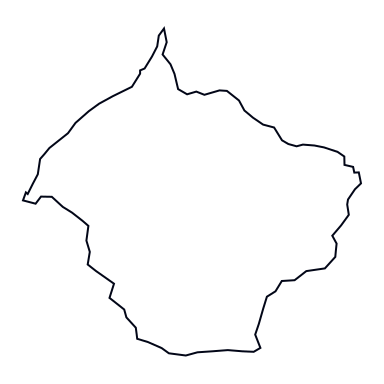 Stavrokonnou, Paphos, Cyprus
{"feature_id": "46923920B66998759901759", "entity_name": "Stavrokonnou", "entity_type": "district", "adm_level": 2, "iso_a3": "CYP", "parent_name": "Cyprus", "parent_adm1": "Paphos", "projection": "equal_earth", "projection_center": [32.616, 34.788], "detail": "fine", "context": "isolated", "style": "outline", "palette": "ink", "viewbox_px": 384, "rotation_deg": 0, "n_neighbors": 0, "source": "geoboundaries", "source_scale": "gbopen_adm2", "svg_char_len": 1236}
<svg xmlns="http://www.w3.org/2000/svg" viewBox="0 0 384 384"><path d="M25.9,192.4L23.0,200.4L35.6,203.7L41.0,196.6L51.8,196.8L62.8,206.9L72.0,212.6L82.6,220.9L88.4,225.9L86.4,240.6L89.8,251.9L87.7,264.5L96.1,271.1L114.0,283.7L109.5,297.9L124.2,309.5L126.4,317.4L135.8,327.7L136.7,334.5L137.2,338.8L147.8,342.0L161.7,348.1L168.9,353.3L185.8,355.5L197.5,352.3L212.3,351.3L227.8,350.1L242.4,351.3L253.7,351.8L260.4,347.9L255.2,334.6L258.8,324.0L263.1,309.0L266.9,296.7L275.5,291.3L281.8,281.0L294.6,280.2L306.3,271.1L324.9,268.4L335.3,256.9L335.8,251.3L336.6,243.6L332.3,235.7L341.1,225.4L348.8,214.8L347.2,204.5L348.0,199.5L355.0,189.2L361.0,183.4L358.8,172.4L354.3,172.6L353.1,166.9L344.5,164.9L344.3,156.5L337.6,151.9L324.0,147.4L314.4,145.5L302.9,144.6L296.6,146.3L288.3,144.0L282.0,140.3L274.1,127.5L263.1,124.6L253.0,117.7L244.4,110.5L239.0,100.5L226.9,90.9L219.5,90.4L204.4,94.8L196.3,91.6L187.1,94.3L178.1,89.1L174.5,73.9L170.5,64.3L162.6,54.5L166.7,42.2L164.0,28.5L158.8,35.6L157.2,46.4L152.0,56.5L144.6,68.5L140.1,70.4L140.1,73.7L131.9,86.8L112.8,96.2L99.1,103.7L88.8,111.2L75.5,122.9L68.0,133.2L49.4,148.0L44.4,154.1L40.1,159.0L37.8,174.3L32.9,183.6L27.7,194.0L25.9,192.4Z" fill="none" stroke="#020617" stroke-width="2"/></svg>